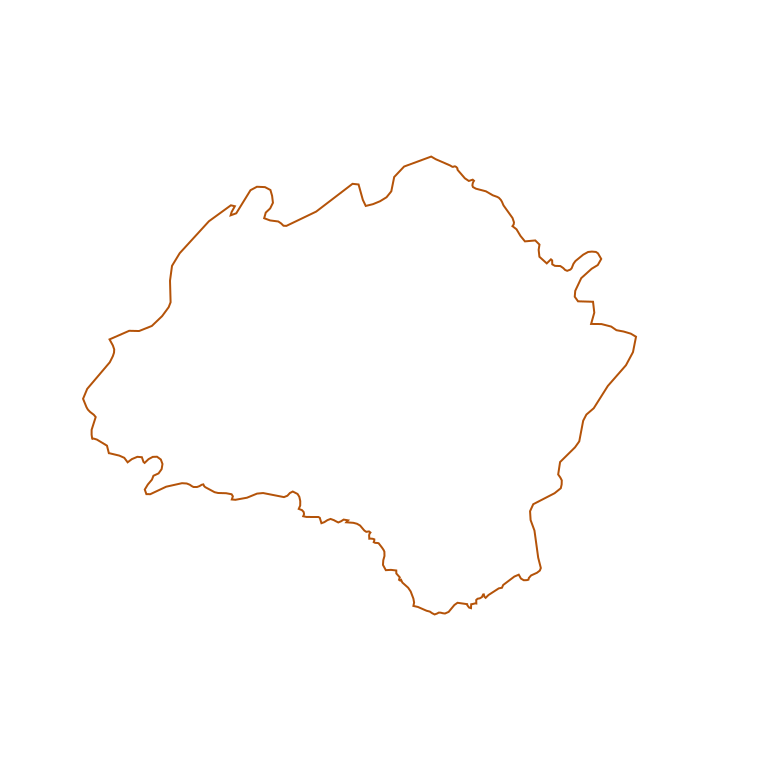 SVG path tracing the border of Lublin, rotated 131°
{"feature_id": "POL-3151", "entity_name": "Lublin", "entity_type": "Voivodeship", "adm_level": 1, "iso_a3": "POL", "parent_name": "Poland", "parent_adm1": "", "projection": "equal_earth", "projection_center": [23.045, 51.304], "detail": "fine", "context": "isolated", "style": "outline", "palette": "amber", "viewbox_px": 768, "rotation_deg": 131, "n_neighbors": 0, "source": "natural_earth", "source_scale": "10m", "svg_char_len": 3898}
<svg xmlns="http://www.w3.org/2000/svg" viewBox="0 0 768 768"><g transform="rotate(131 384 384)"><path d="M436.9,146.6L438.3,147.5L440.4,149.8L441.0,153.0L439.5,157.2L443.8,159.3L457.5,162.2L460.4,161.3L462.9,163.3L474.7,166.7L478.7,167.0L478.7,168.5L477.3,170.7L477.8,171.1L480.6,170.3L482.9,171.1L484.7,172.5L486.5,172.7L489.1,170.3L489.8,171.3L491.7,172.6L493.0,173.7L496.1,171.3L496.9,173.1L496.3,176.0L495.6,176.8L500.9,185.0L504.6,185.9L513.6,185.7L517.2,187.4L518.4,189.2L519.4,191.2L520.6,192.7L522.3,193.3L524.7,194.6L525.4,197.3L525.7,200.1L527.2,203.1L530.0,212.1L532.2,216.2L529.2,217.9L526.7,221.0L523.1,227.7L521.9,232.1L521.8,239.9L520.6,242.6L521.3,242.8L521.7,242.8L521.8,243.1L521.9,244.2L519.6,245.2L518.9,250.4L516.7,252.4L519.7,256.8L523.3,260.5L521.2,266.1L517.5,268.9L513.5,270.8L510.3,273.7L509.5,275.5L508.8,278.1L507.7,283.6L508.4,284.8L509.7,286.5L510.1,288.0L508.4,288.7L507.6,289.4L508.2,290.9L509.4,292.6L510.4,293.6L507.9,296.0L506.8,296.6L505.0,296.8L505.1,298.6L507.2,300.4L507.5,302.7L506.5,309.2L507.2,312.7L508.9,316.1L513.1,321.7L511.8,321.8L510.5,321.7L512.8,325.5L515.9,326.4L518.5,327.7L519.3,330.9L519.6,332.4L520.9,335.8L523.9,337.4L527.4,338.4L530.1,339.9L527.1,344.7L527.4,346.2L535.2,355.3L536.8,358.2L534.6,359.0L533.3,360.7L533.0,363.2L534.2,366.4L530.7,367.5L527.3,370.4L524.7,373.9L523.7,377.1L525.0,382.3L528.0,383.5L531.7,383.6L535.0,385.3L545.6,403.7L550.0,407.9L559.7,412.8L568.9,420.2L571.0,423.1L567.9,424.4L567.2,426.7L570.0,431.5L575.1,437.7L576.8,440.9L579.1,451.1L579.1,452.6L578.3,454.5L579.7,455.5L582.2,456.3L584.5,457.6L586.7,460.2L587.2,462.2L587.4,464.4L588.5,467.6L591.4,471.4L604.4,481.0L620.5,488.1L623.0,491.1L620.6,495.3L614.8,496.3L608.4,496.4L604.5,497.8L599.4,495.5L594.1,496.0L589.7,498.7L587.4,502.9L587.8,507.6L590.7,510.7L595.2,512.4L600.6,512.9L600.6,514.4L598.1,518.7L600.8,522.4L606.1,525.0L611.3,526.1L610.1,531.6L611.7,536.8L616.6,546.2L616.7,546.3L612.3,552.6L614.3,564.2L615.7,567.4L616.7,568.1L616.5,568.6L614.1,571.4L610.4,574.6L598.1,579.9L597.6,582.8L597.9,587.5L597.6,590.7L596.7,593.3L592.6,601.4L582.4,604.8L547.5,605.2L540.9,606.9L537.5,608.3L534.9,610.3L532.8,613.9L530.4,620.4L511.0,611.2L504.7,603.6L492.5,597.3L478.3,596.0L467.3,596.9L462.3,598.7L446.4,613.3L433.9,621.5L419.3,624.0L376.0,622.9L349.6,616.8L347.7,613.2L354.3,611.8L357.3,610.4L352.1,607.5L325.3,611.9L318.5,609.3L313.5,603.0L312.1,597.0L315.4,591.9L320.1,586.7L326.2,585.1L332.2,585.7L337.5,583.2L335.3,577.3L330.7,570.4L330.3,567.0L330.5,563.7L328.7,561.4L298.4,548.3L253.6,539.1L250.1,534.1L258.9,520.8L261.6,514.6L255.5,510.3L248.7,506.9L241.4,504.6L233.8,504.9L221.1,512.1L206.7,511.5L181.4,497.6L180.4,492.4L175.7,477.5L175.3,475.2L174.9,474.4L174.0,473.9L173.2,473.3L172.8,471.9L173.0,470.3L173.5,469.6L174.0,469.2L174.2,468.4L175.7,457.9L175.1,453.2L171.6,451.1L171.6,449.4L173.0,449.2L174.7,448.5L176.2,447.5L177.0,446.1L176.3,442.8L171.7,433.5L170.2,425.7L168.5,421.3L168.1,419.4L168.4,416.6L169.1,414.5L170.8,411.0L174.4,395.9L176.7,392.0L178.5,390.8L180.6,390.6L180.3,385.5L182.7,378.2L183.9,371.2L176.4,364.0L176.8,358.1L181.3,355.3L186.0,350.2L186.2,340.3L180.4,339.8L180.4,338.2L183.3,335.5L182.7,332.5L179.3,328.3L178.9,324.9L179.1,322.1L178.4,320.0L175.4,318.4L173.6,318.3L168.9,319.9L165.6,320.2L155.7,318.5L150.5,316.6L147.7,314.0L145.3,310.7L145.0,308.3L147.1,302.1L154.0,300.7L160.8,302.9L174.7,304.6L188.2,300.8L193.0,297.3L194.3,291.8L184.8,280.2L192.2,272.1L202.8,267.1L196.1,259.2L191.6,250.2L190.9,243.9L187.2,237.6L184.1,230.8L183.0,224.8L196.6,217.0L211.1,213.7L238.6,213.8L264.7,209.8L274.3,211.2L281.0,209.6L299.2,199.0L306.5,198.3L327.4,199.9L338.0,193.2L338.9,189.6L340.1,186.6L343.3,184.0L346.7,182.2L354.5,183.6L376.8,192.5L384.2,190.3L390.5,184.1L395.9,174.3L413.9,153.7L420.0,144.9L422.6,144.0L426.1,144.7L432.0,147.4L435.4,147.4L436.9,146.6Z" fill="none" stroke="#b45309" stroke-width="2"/></g></svg>